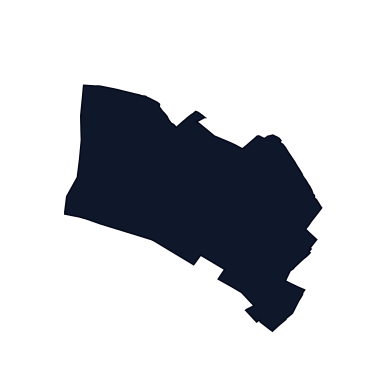 Ghidici, Dolj, Romania, rotated 117°
{"feature_id": "2599482B59241638748717", "entity_name": "Ghidici", "entity_type": "district", "adm_level": 2, "iso_a3": "ROU", "parent_name": "Romania", "parent_adm1": "Dolj", "projection": "orthographic", "projection_center": [23.199, 43.873], "detail": "fine", "context": "isolated", "style": "filled", "palette": "ink", "viewbox_px": 384, "rotation_deg": 117, "n_neighbors": 0, "source": "geoboundaries", "source_scale": "gbopen_adm2", "svg_char_len": 3470}
<svg xmlns="http://www.w3.org/2000/svg" viewBox="0 0 384 384"><g transform="rotate(117 192 192)"><path d="M147.1,69.4L146.4,71.0L144.9,73.4L143.7,75.5L143.1,76.4L142.7,77.0L142.4,77.6L142.1,78.5L142.1,79.0L141.9,79.5L141.8,79.8L141.7,80.3L141.7,80.5L141.4,80.7L140.9,80.7L140.7,80.7L140.4,80.8L140.2,80.9L140.0,81.0L139.8,81.3L139.6,81.5L139.4,81.8L139.2,82.0L139.1,82.3L139.0,82.6L139.1,83.0L139.0,83.3L138.7,83.7L138.4,83.9L138.0,84.2L137.7,84.5L137.2,85.1L136.8,85.5L136.3,85.9L133.8,89.4L132.3,92.1L131.2,93.9L130.6,94.6L130.3,95.2L128.5,98.7L127.6,100.4L127.2,100.9L126.5,101.6L126.0,102.2L125.4,103.2L124.6,104.4L123.9,105.5L122.8,107.3L121.8,109.1L120.0,112.0L119.0,113.5L118.2,114.9L117.1,116.8L116.9,117.1L116.6,117.7L115.7,119.3L114.6,121.3L113.6,123.1L112.9,124.4L111.5,126.6L110.4,128.4L110.0,129.1L109.6,129.8L109.3,130.8L108.7,131.8L108.5,132.3L108.3,132.7L108.2,133.4L108.3,133.8L108.4,134.2L108.2,134.8L107.8,135.5L107.4,136.4L107.2,136.5L106.5,136.3L105.9,136.0L105.3,137.1L105.0,137.8L104.6,139.0L104.5,140.2L104.5,142.0L104.6,143.8L104.5,145.3L104.7,146.0L105.0,146.3L105.7,147.1L106.7,148.2L107.2,148.7L107.4,149.2L107.7,149.6L108.3,150.0L110.2,150.9L111.1,151.5L111.6,152.0L111.6,152.6L111.6,153.6L111.6,154.1L111.6,154.6L111.7,155.1L111.7,155.5L111.6,156.3L111.6,157.4L111.8,157.7L111.9,158.2L112.1,158.6L112.4,159.0L112.6,159.1L112.9,159.4L113.4,159.6L114.4,159.9L116.2,160.6L117.7,161.2L121.0,162.6L125.1,164.2L130.7,166.7L130.5,174.7L130.7,180.4L132.0,197.6L130.3,205.1L128.8,211.9L128.0,215.5L127.5,218.4L127.3,219.7L125.9,218.8L124.1,217.5L122.5,216.5L121.6,215.7L120.7,215.2L120.1,214.7L119.8,214.2L119.7,215.0L119.1,217.3L118.8,219.6L118.5,220.9L118.3,223.6L118.5,224.8L118.6,225.3L121.7,226.6L123.0,227.4L124.1,228.0L128.4,230.0L129.9,230.5L134.0,232.3L137.1,233.5L141.7,235.3L141.1,236.6L140.2,239.0L140.2,240.4L140.1,242.0L139.0,244.1L138.3,245.6L137.0,247.3L136.0,248.6L135.3,250.2L134.7,251.5L133.4,255.2L131.4,259.1L130.7,260.3L130.2,260.4L129.3,260.4L128.5,260.9L128.2,262.1L127.9,264.1L127.9,266.4L127.9,270.8L127.9,273.3L128.1,275.1L127.8,276.6L128.0,277.4L128.2,278.1L129.1,280.3L129.5,283.3L130.7,287.8L135.0,306.2L138.5,318.7L139.4,321.9L140.5,324.5L141.3,325.8L146.1,337.0L149.6,335.6L156.6,332.8L174.6,325.7L189.3,317.8L196.0,314.1L214.1,306.9L231.0,300.8L252.8,301.6L267.7,296.2L269.4,295.3L265.5,281.8L263.9,273.9L261.9,258.9L259.8,246.9L252.8,206.7L252.7,203.9L255.3,167.4L256.0,157.5L244.3,155.7L246.1,127.7L256.7,129.0L257.7,129.1L258.3,113.2L259.0,102.1L259.2,101.6L262.6,92.2L263.9,88.6L265.1,85.0L265.4,85.2L266.1,85.7L270.1,88.7L271.7,89.9L273.0,90.5L274.2,87.1L277.0,79.5L278.1,76.4L278.5,75.4L277.4,74.9L276.1,74.3L276.2,74.1L276.0,73.9L275.8,73.5L275.7,73.4L275.6,73.0L275.7,72.8L276.0,72.6L276.7,72.4L278.7,61.8L279.5,57.1L278.2,56.7L271.0,54.0L263.1,50.6L263.0,51.2L262.6,51.1L255.2,47.8L254.4,47.5L252.1,47.5L240.7,47.5L233.8,47.0L233.2,47.0L232.9,47.1L232.5,47.3L232.0,47.5L231.5,47.6L228.1,47.2L228.2,48.9L228.3,50.0L228.6,55.0L228.7,60.4L228.8,62.5L228.8,68.5L220.6,68.7L217.7,68.8L216.4,68.1L215.1,67.4L214.5,67.0L214.1,66.8L213.9,66.8L213.6,66.8L213.2,66.8L212.5,66.6L202.5,63.0L201.9,62.7L200.9,62.4L199.5,61.7L196.2,60.3L194.6,59.8L193.7,59.5L192.5,59.2L192.0,60.8L191.9,60.8L191.2,60.6L189.0,60.1L188.7,60.0L188.5,61.4L185.2,60.8L182.7,60.3L178.6,59.5L177.8,59.3L175.0,69.5L173.5,74.1L170.5,73.3L166.5,72.7L164.4,72.5L147.7,69.3L147.1,69.4Z" fill="#0f172a" stroke="#020617" stroke-width="1.5"/></g></svg>